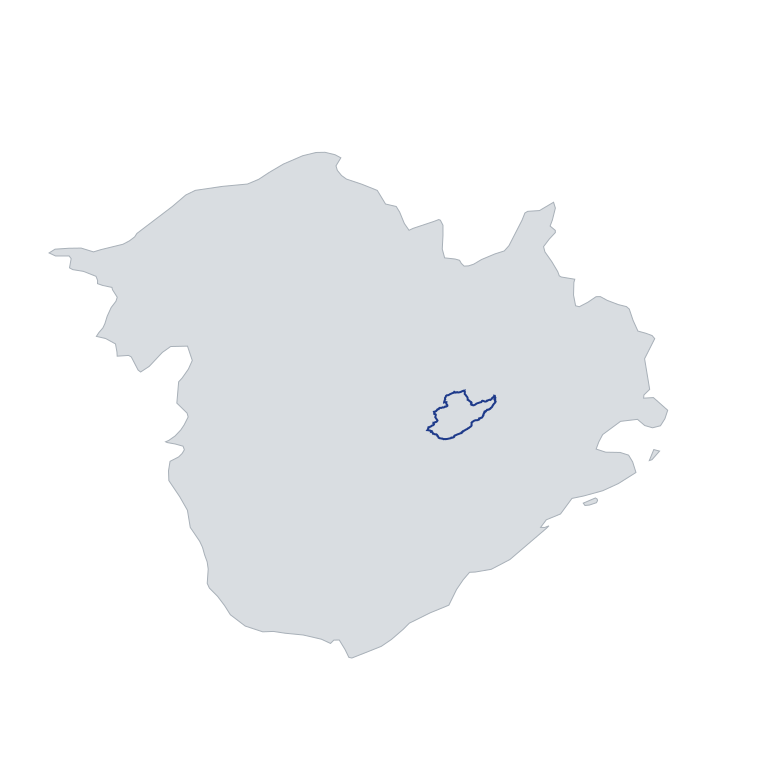 Tuek Phos, Kâmpóng Chhnang, Cambodia shown in context, rotated 250°
{"feature_id": "14789045B78465140350357", "entity_name": "Tuek Phos", "entity_type": "district", "adm_level": 2, "iso_a3": "KHM", "parent_name": "Cambodia", "parent_adm1": "Kâmpóng Chhnang", "projection": "equal_earth", "projection_center": [104.364, 12.056], "detail": "fine", "context": "in_parent", "style": "outline", "palette": "blue", "viewbox_px": 768, "rotation_deg": 250, "n_neighbors": 0, "source": "geoboundaries", "source_scale": "gbopen_adm2", "svg_char_len": 8318}
<svg xmlns="http://www.w3.org/2000/svg" viewBox="0 0 768 768"><g transform="rotate(250 384 384)"><path d="M621.7,114.1L623.2,121.0L619.4,134.1L615.3,145.9L607.5,156.2L607.1,163.8L604.6,186.5L605.6,193.8L607.5,200.0L610.0,203.3L616.9,225.5L623.2,245.8L629.4,262.4L630.5,272.9L625.0,299.6L618.6,324.1L619.2,336.3L622.1,348.5L625.1,364.8L626.3,385.7L624.8,399.3L621.9,407.8L616.2,416.4L611.3,420.8L605.4,413.5L600.7,413.2L594.4,415.4L589.4,418.8L579.3,431.5L568.2,443.9L552.6,447.0L546.6,456.2L540.2,457.5L527.9,458.0L519.9,460.1L520.3,464.7L519.7,486.6L519.8,491.7L518.6,493.0L513.0,493.7L503.6,490.3L490.9,484.9L481.8,484.1L477.1,493.6L474.4,497.3L470.9,497.9L467.4,499.6L466.1,503.8L465.9,509.1L467.6,518.2L468.3,532.7L467.9,542.5L471.2,548.7L490.7,569.7L496.5,574.9L497.1,578.1L493.8,589.4L496.8,605.5L490.7,605.2L480.5,598.3L475.6,594.1L469.8,597.5L467.7,596.8L463.7,588.9L458.5,580.9L453.1,580.4L441.7,583.5L430.2,585.7L425.7,585.7L423.9,587.2L417.2,599.1L414.4,597.1L402.7,592.5L392.0,590.8L389.8,593.9L391.1,603.6L393.5,613.2L392.1,617.2L386.3,622.3L378.5,631.3L373.8,638.3L370.5,640.1L358.7,639.8L346.9,640.7L342.2,647.3L337.8,652.5L334.0,653.9L318.6,637.5L288.1,631.8L284.8,624.5L281.9,623.1L279.1,632.5L262.3,641.6L255.3,636.1L250.2,629.5L251.0,621.4L255.8,614.8L264.1,610.1L268.0,593.5L261.7,572.2L256.1,566.0L250.3,561.1L244.1,569.0L238.9,582.5L233.5,589.5L225.8,591.0L214.7,590.5L210.3,570.3L208.9,553.0L210.5,533.2L212.2,521.5L201.5,505.4L200.9,490.1L195.7,482.1L194.2,486.1L194.3,490.5L192.9,487.4L176.0,442.3L173.2,421.4L176.1,405.4L177.8,400.0L173.0,391.5L166.1,381.9L154.0,369.3L153.2,349.4L150.6,326.0L146.9,318.1L141.4,303.6L138.4,291.7L137.5,260.1L139.1,257.5L147.7,256.6L158.7,254.4L160.5,249.3L158.5,245.0L165.6,237.9L175.8,222.2L183.6,205.9L189.3,195.5L192.6,185.3L204.0,170.8L219.7,160.7L230.3,158.4L241.4,155.0L252.0,150.1L257.1,149.7L270.2,155.5L277.3,157.0L284.8,157.0L292.6,157.6L299.3,157.0L315.5,152.9L332.6,156.1L347.9,153.5L366.8,148.8L376.1,151.8L384.5,156.5L385.7,166.1L387.7,170.5L390.5,173.9L394.3,173.9L399.1,167.2L403.1,160.3L404.4,159.0L404.6,162.4L406.6,169.9L410.3,177.3L413.9,182.2L420.0,188.7L424.0,189.0L436.9,182.8L456.3,191.8L458.6,196.3L464.9,205.3L471.7,211.9L486.8,212.3L492.2,196.3L489.5,186.5L480.9,169.5L478.5,159.4L481.2,157.7L495.8,155.8L498.2,153.8L501.4,142.8L505.4,144.0L513.5,145.4L522.0,137.9L527.1,130.0L529.8,133.6L532.9,139.1L536.2,142.4L542.4,147.1L549.2,153.8L553.4,160.4L556.8,163.0L565.5,161.1L567.8,161.4L572.8,153.4L576.3,149.1L579.3,150.3L583.7,150.2L592.7,140.0L597.9,130.7L600.7,128.2L608.8,132.9L612.0,131.9L616.7,119.1L621.7,114.1ZM204.6,543.7L203.0,544.9L201.4,544.8L199.8,543.0L200.0,535.7L201.1,531.3L203.9,530.5L204.6,543.7ZM230.1,615.1L226.7,620.0L221.2,609.9L221.3,607.1L230.1,615.1Z" fill="#d9dde1" stroke="#a8b0b8" stroke-width="1"/><path d="M325.8,409.0L325.4,409.9L324.9,410.5L324.7,411.2L324.3,411.6L324.0,411.6L323.8,411.8L323.5,411.9L323.5,412.0L323.6,412.4L323.5,412.6L323.4,412.7L323.1,412.4L323.1,412.5L322.9,412.6L322.4,412.6L322.1,413.0L321.9,413.1L321.6,413.1L321.4,413.0L321.1,413.1L320.6,413.0L320.5,413.3L320.4,413.4L320.2,413.6L320.1,413.9L319.9,414.0L319.6,414.2L319.3,414.8L319.1,415.0L319.0,415.5L318.8,416.0L318.5,416.0L317.9,416.5L317.7,416.5L317.4,416.6L317.1,416.4L316.9,416.6L316.3,416.7L316.2,416.9L315.7,416.9L315.4,417.0L314.9,416.9L314.5,417.2L314.4,417.5L314.1,417.7L313.8,418.0L313.5,418.8L313.0,419.4L312.8,420.1L312.6,420.2L312.5,420.4L312.3,420.6L312.2,420.8L311.8,421.0L311.7,421.5L311.7,421.8L311.4,422.3L311.3,422.9L311.0,423.2L311.0,423.7L310.8,424.2L310.5,426.4L310.2,428.4L310.4,428.8L310.6,428.9L310.6,429.2L310.5,429.5L310.2,429.8L310.1,430.0L310.2,430.5L310.1,430.8L310.1,431.3L310.3,431.8L310.8,431.9L311.0,432.2L311.2,432.3L311.3,432.5L311.2,432.8L311.4,433.0L311.4,433.4L311.4,433.7L311.4,434.9L311.6,435.7L311.5,436.2L311.5,437.0L311.5,438.6L311.6,438.9L311.5,439.4L311.6,440.0L311.4,440.2L311.6,440.5L312.0,440.5L312.1,441.2L312.4,441.3L312.5,441.6L312.4,442.1L312.6,442.2L312.5,442.5L312.6,443.0L312.8,443.3L312.8,443.9L313.1,445.1L313.1,445.7L313.2,445.9L313.2,446.1L313.2,446.4L313.2,447.0L313.4,447.2L313.6,447.5L313.7,448.9L313.9,449.3L314.1,450.0L314.4,451.1L314.7,451.7L315.0,452.1L315.9,452.3L316.4,452.7L317.3,452.9L317.6,452.9L317.9,453.4L318.1,453.9L318.3,454.2L318.3,455.1L318.6,455.8L318.7,456.4L318.6,457.8L318.1,459.1L318.0,460.0L318.2,460.4L318.2,460.8L318.3,460.9L318.2,461.0L318.4,461.2L318.4,461.4L318.4,461.5L318.6,461.8L318.8,461.8L318.7,462.0L318.9,462.2L318.9,462.8L319.1,462.8L319.1,463.5L318.9,463.8L318.9,464.0L319.0,464.1L318.9,464.4L319.0,464.7L319.5,465.4L319.9,465.7L320.0,466.0L320.2,466.3L320.4,466.3L320.5,466.6L320.8,466.6L321.1,466.9L321.5,467.0L321.6,467.3L321.8,467.5L322.0,467.6L322.0,467.8L322.3,468.1L322.8,468.3L322.8,468.6L323.0,468.8L323.3,468.9L323.2,469.1L323.4,469.2L323.3,469.3L323.4,470.1L323.5,470.1L323.8,470.3L323.7,470.6L323.9,470.8L324.0,471.2L324.1,471.4L324.2,471.5L324.3,471.7L324.4,471.8L324.5,472.0L324.3,472.3L324.4,472.6L324.2,472.9L324.2,473.1L324.3,473.5L324.1,473.8L324.1,474.1L324.4,474.6L324.4,474.9L324.3,475.2L324.4,475.4L324.6,475.8L325.0,476.0L325.1,476.3L325.1,476.9L325.4,477.3L325.5,477.7L325.7,478.0L325.9,478.2L326.2,478.3L326.3,478.5L326.7,479.0L326.8,479.2L327.2,479.5L327.3,480.0L327.7,480.3L327.8,480.6L328.1,481.2L328.5,482.0L329.0,482.3L328.9,482.5L329.0,482.6L329.4,482.9L329.7,482.6L329.9,482.7L330.4,482.5L331.0,483.0L331.3,482.8L331.6,482.7L331.6,482.8L331.8,483.1L332.1,483.0L332.3,483.1L332.4,483.5L332.5,483.5L332.8,483.3L333.2,483.8L333.3,483.7L333.5,483.8L333.7,483.7L333.8,483.8L334.2,483.8L334.4,483.8L334.5,484.0L335.0,484.1L335.2,483.7L334.9,483.7L334.7,483.5L334.6,483.1L334.4,482.8L334.3,482.4L334.2,482.3L334.2,481.9L334.0,481.7L334.0,481.4L333.9,480.9L333.3,480.4L333.0,479.7L333.0,479.4L332.9,479.2L332.6,478.6L332.8,478.3L332.9,478.1L333.1,477.9L333.1,477.7L333.1,476.1L333.0,475.9L333.0,475.7L333.2,475.3L333.2,475.1L332.7,474.7L332.7,473.8L332.9,473.0L333.0,472.8L334.3,471.3L334.6,470.8L334.6,470.4L334.0,469.7L333.7,469.2L333.9,467.6L333.9,466.0L334.0,465.2L333.9,464.3L333.9,463.8L333.6,463.4L333.4,462.6L333.4,462.4L333.4,461.3L333.3,461.1L333.5,460.4L334.0,460.0L334.1,459.8L334.3,459.7L334.6,459.5L334.6,459.3L335.1,459.5L335.5,459.2L336.0,459.5L336.0,459.3L336.3,459.5L336.5,459.6L336.7,459.4L337.3,459.6L337.5,459.3L337.6,459.2L338.0,459.1L338.2,458.8L338.7,458.6L339.0,458.3L339.4,458.1L339.5,458.2L339.9,458.0L340.1,457.9L340.5,457.2L340.8,457.3L341.7,457.6L342.3,457.8L342.9,457.8L343.8,457.6L345.0,457.1L345.9,457.0L346.6,456.5L346.9,456.4L347.5,456.6L348.0,456.9L348.5,457.0L349.0,457.3L349.5,457.0L349.9,457.1L350.2,457.3L350.2,457.2L350.5,456.5L350.5,456.0L350.4,453.9L350.2,453.4L350.4,452.4L350.4,452.0L350.7,450.6L351.4,449.9L351.3,449.0L351.4,448.5L351.5,448.2L352.2,447.8L352.3,447.5L352.6,447.3L352.4,447.0L351.9,446.5L352.1,446.1L352.0,445.6L352.0,444.4L351.9,443.5L351.9,442.6L351.7,442.1L351.7,441.9L351.6,441.5L351.6,440.9L351.5,440.2L351.8,439.6L351.9,439.4L351.9,439.2L351.7,438.4L351.5,438.1L350.8,437.6L350.6,437.4L350.4,437.1L350.0,436.5L349.7,436.4L348.6,436.3L348.3,435.7L347.6,435.3L347.2,434.8L346.8,434.6L346.4,434.3L346.2,434.2L346.2,434.3L345.6,436.4L344.6,435.9L344.1,435.8L343.1,436.1L342.5,436.3L341.8,436.1L341.7,435.9L341.6,435.6L341.5,434.3L341.6,434.1L341.9,434.0L341.9,433.5L341.6,432.8L341.5,432.1L341.7,431.6L342.1,430.9L341.9,430.1L341.9,429.7L342.1,429.1L342.5,428.5L342.5,427.8L342.3,427.4L341.6,426.8L341.6,426.6L341.8,426.3L341.9,426.2L341.9,425.5L341.7,425.2L341.4,425.0L341.1,424.2L340.8,424.0L340.7,423.7L340.7,422.8L340.6,422.4L340.7,421.9L340.8,421.7L340.8,421.4L340.7,421.4L340.6,421.5L340.5,421.8L340.4,421.7L340.1,421.8L339.9,421.6L339.6,421.6L339.4,421.5L338.8,420.9L338.7,420.9L338.6,421.0L338.4,421.6L337.8,422.1L337.6,422.2L336.8,421.9L335.6,421.0L335.3,420.8L334.5,421.0L331.8,421.7L331.4,421.8L331.1,421.5L330.5,420.4L330.5,420.1L330.6,419.6L330.6,418.8L330.6,418.6L330.4,418.3L330.4,417.8L330.5,417.5L330.7,417.2L330.2,416.9L329.8,417.2L329.2,416.9L329.1,417.1L328.9,417.1L328.6,416.5L328.4,415.7L328.5,414.8L328.5,414.5L328.1,413.8L328.1,413.5L328.1,412.9L328.1,412.6L327.8,412.1L328.0,411.4L328.2,411.0L328.0,410.8L327.4,410.6L326.4,409.6L326.0,409.3L325.8,409.0Z" fill="none" stroke="#1e3a8a" stroke-width="2"/></g></svg>